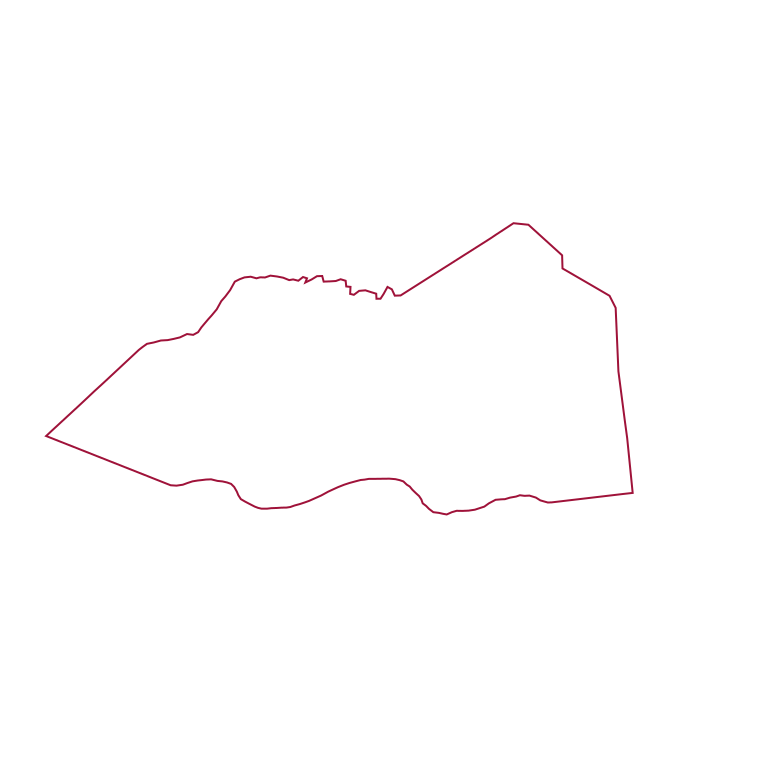 outline of Catolândia, Bahia, Brazil, rotated 209°
{"feature_id": "56859067B46911675561389", "entity_name": "Catolândia", "entity_type": "district", "adm_level": 2, "iso_a3": "BRA", "parent_name": "Brazil", "parent_adm1": "Bahia", "projection": "equal_earth", "projection_center": [-44.671, -12.276], "detail": "fine", "context": "isolated", "style": "outline", "palette": "rose", "viewbox_px": 768, "rotation_deg": 209, "n_neighbors": 0, "source": "geoboundaries", "source_scale": "gbopen_adm2", "svg_char_len": 2134}
<svg xmlns="http://www.w3.org/2000/svg" viewBox="0 0 768 768"><g transform="rotate(209 384 384)"><path d="M521.5,192.0L516.2,194.5L511.1,198.4L508.0,202.0L504.3,206.0L500.1,209.3L496.7,211.7L493.4,214.1L489.0,216.8L482.7,218.5L478.0,220.5L473.5,221.8L469.3,222.5L465.1,221.3L460.5,218.5L457.5,216.1L453.4,213.9L448.5,213.8L443.8,213.9L437.6,214.1L434.1,214.6L430.6,215.6L425.8,218.3L422.3,220.8L417.5,223.7L413.6,226.2L409.3,228.7L406.3,231.0L403.4,234.3L399.3,238.3L395.8,242.1L392.9,245.4L389.2,250.3L384.9,256.0L380.6,262.8L376.8,268.0L374.2,271.5L370.1,276.5L366.2,280.7L362.1,284.7L357.9,288.7L354.7,290.9L351.1,293.8L344.8,297.3L339.9,300.1L333.4,303.8L327.9,306.3L323.7,307.5L319.8,308.2L315.3,307.0L311.8,306.8L308.0,305.3L303.6,304.1L299.0,303.0L295.3,301.1L292.3,298.4L288.1,297.8L284.1,296.6L278.7,295.8L273.5,297.9L269.4,299.1L265.9,300.3L262.5,304.8L259.0,308.3L254.1,310.9L248.7,314.2L243.6,318.1L239.7,322.3L236.8,325.4L234.4,330.5L230.3,336.8L225.5,340.0L222.4,341.9L218.7,345.7L213.9,349.6L211.2,352.6L206.9,354.3L202.7,356.9L196.1,358.3L190.9,358.0L186.5,359.0L183.2,359.8L179.9,361.8L121.6,403.7L113.7,409.3L145.1,454.6L155.1,468.0L185.1,508.7L218.3,562.9L229.5,570.5L251.9,571.0L283.9,571.6L290.6,582.9L334.9,593.3L348.7,587.4L353.9,577.5L358.5,568.8L361.4,563.1L412.4,469.5L417.4,466.5L423.0,470.6L428.0,470.6L428.0,462.4L428.4,456.9L431.9,454.9L434.6,459.2L439.7,458.1L445.7,456.9L450.9,453.4L453.6,447.4L457.3,446.4L460.4,452.7L464.3,451.0L467.6,455.7L472.7,454.6L476.1,450.7L480.8,447.7L486.4,444.3L490.4,448.5L494.9,445.8L498.0,440.3L502.0,434.6L502.6,439.1L506.7,438.3L509.0,432.8L514.2,431.4L517.3,428.9L523.7,428.1L529.6,426.2L535.9,423.7L539.7,419.5L544.0,417.3L546.8,414.6L552.6,413.2L557.7,409.6L561.1,405.6L564.1,401.2L564.1,391.5L565.2,383.6L566.5,377.6L566.5,368.2L568.0,360.3L569.1,355.6L570.1,350.6L571.2,344.9L571.7,339.2L574.7,334.5L580.5,332.2L585.1,325.8L589.9,321.4L594.5,317.5L600.2,313.9L605.5,308.7L610.8,304.2L613.2,299.1L614.9,295.1L626.8,258.5L629.8,249.3L633.9,237.1L639.6,219.3L651.8,182.4L654.3,174.7L639.6,176.6L521.5,192.0Z" fill="none" stroke="#9f1239" stroke-width="2"/></g></svg>